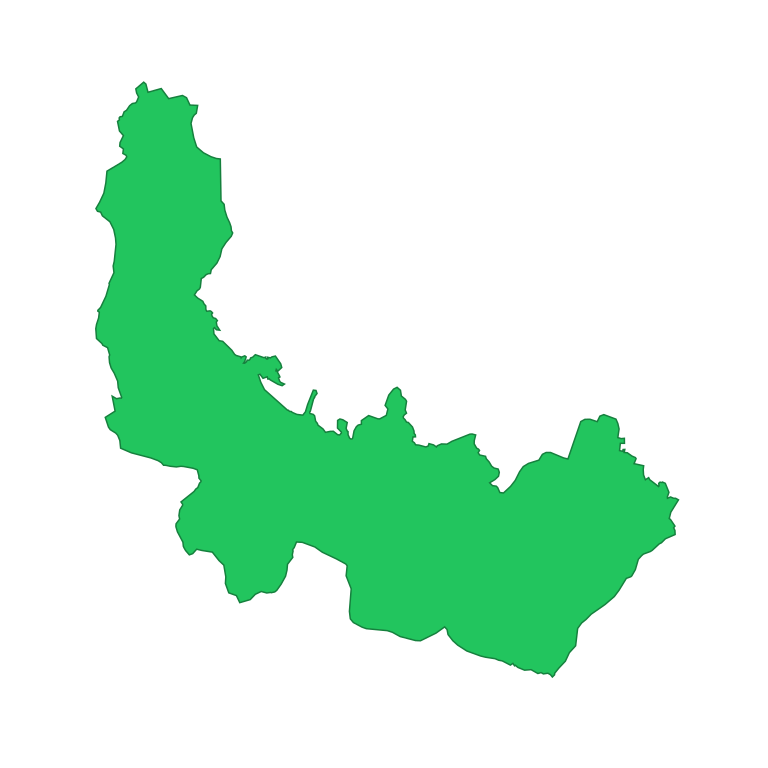 the district of Avramesti, Harghita, Romania, rotated 277°
{"feature_id": "2599482B64108004805491", "entity_name": "Avramesti", "entity_type": "district", "adm_level": 2, "iso_a3": "ROU", "parent_name": "Romania", "parent_adm1": "Harghita", "projection": "albers", "projection_center": [25.039, 46.361], "detail": "fine", "context": "isolated", "style": "filled", "palette": "green", "viewbox_px": 768, "rotation_deg": 277, "n_neighbors": 0, "source": "geoboundaries", "source_scale": "gbopen_adm2", "svg_char_len": 6108}
<svg xmlns="http://www.w3.org/2000/svg" viewBox="0 0 768 768"><g transform="rotate(277 384 384)"><path d="M359.4,629.2L358.7,626.1L359.3,622.6L368.0,622.8L373.3,620.9L377.4,618.5L380.4,605.9L378.4,602.2L372.6,600.2L374.1,592.8L373.4,587.7L370.7,583.9L332.0,575.7L332.5,571.3L336.3,557.7L335.8,553.3L333.5,549.8L327.3,547.0L322.8,537.1L319.0,532.3L313.5,529.3L304.3,526.0L297.8,522.1L290.4,515.9L290.4,512.2L295.1,509.4L296.3,507.8L296.3,504.1L298.8,500.9L302.7,505.8L306.4,508.9L310.4,509.2L313.5,507.7L314.0,503.5L315.5,500.9L319.5,497.8L322.3,494.6L324.6,493.6L325.2,487.6L327.3,485.8L329.7,486.9L330.9,485.7L331.6,483.8L335.6,480.8L338.8,480.5L344.6,481.2L345.1,477.6L344.7,475.4L335.4,458.4L332.0,453.9L331.5,448.3L329.2,444.4L327.9,443.7L329.6,440.6L330.3,435.9L327.8,435.4L326.6,433.2L327.6,426.1L327.5,422.8L329.4,421.3L330.6,419.1L334.9,419.2L335.4,421.7L337.3,421.3L338.7,419.9L341.0,419.5L344.8,417.5L348.8,412.8L348.9,411.0L351.2,409.2L352.5,407.5L353.8,407.0L355.8,407.9L357.8,409.9L360.8,408.2L369.6,408.5L371.4,407.1L374.2,402.7L379.8,401.1L382.3,397.4L380.1,394.1L373.6,390.1L362.9,387.7L359.7,390.9L353.1,390.1L348.8,383.9L348.7,382.1L350.8,372.6L344.9,366.0L341.3,366.5L340.1,363.4L338.3,361.8L333.9,360.0L326.4,359.5L325.5,358.9L325.4,357.7L326.0,356.5L329.3,354.5L332.4,354.1L332.8,353.3L335.3,351.8L341.3,352.2L343.5,347.5L343.9,344.5L342.2,342.4L334.6,343.2L331.2,347.4L330.3,347.7L328.0,346.2L328.0,344.2L330.9,339.5L330.4,336.3L328.9,331.8L332.0,328.9L335.1,323.5L336.9,322.6L338.7,320.7L344.0,319.0L345.2,317.5L345.7,314.1L347.1,313.6L348.0,314.2L360.4,315.9L362.3,316.8L362.6,316.5L366.4,318.7L369.3,317.3L369.3,314.6L354.4,310.7L346.8,309.4L343.2,307.2L343.2,301.2L344.6,296.5L345.4,295.3L345.3,293.5L346.3,292.4L346.2,291.5L363.8,266.1L370.7,261.5L377.8,258.1L378.6,259.7L374.9,263.2L376.9,267.2L374.7,268.2L375.1,269.6L374.3,270.4L370.8,278.7L369.9,283.1L371.8,285.2L373.0,281.4L373.8,280.3L377.2,278.5L377.8,278.8L378.0,279.7L378.7,279.7L383.9,276.0L383.9,275.1L385.4,275.3L383.8,277.1L387.9,280.5L391.5,279.0L398.5,272.8L397.3,269.5L396.1,268.1L396.4,265.0L395.0,265.7L394.4,264.8L395.1,263.5L396.2,263.0L395.5,261.7L397.4,252.7L394.6,250.4L393.6,248.4L392.0,248.0L391.1,247.1L391.0,245.3L389.3,244.8L387.6,243.1L387.6,242.0L389.4,243.0L394.1,243.9L395.0,242.4L393.4,239.4L392.6,239.0L393.5,238.6L394.3,233.8L395.2,232.1L398.9,228.9L406.7,218.7L406.9,215.1L413.0,209.1L418.3,208.0L419.3,208.9L417.4,211.0L417.4,214.4L421.5,211.0L425.1,210.0L426.6,210.9L428.5,208.9L428.9,206.4L430.6,205.0L432.3,204.4L433.6,205.2L434.9,203.8L435.4,202.5L434.6,199.2L436.2,198.1L439.8,197.6L441.7,195.5L444.0,194.1L446.6,188.6L449.3,185.0L453.6,187.0L455.9,189.3L457.6,189.9L466.4,189.8L468.0,192.0L470.9,194.2L472.0,196.0L472.5,198.3L476.4,198.6L483.6,203.4L490.5,205.8L498.4,206.6L505.2,209.9L512.0,214.4L515.5,215.4L517.5,213.9L521.4,213.0L525.3,211.1L530.5,207.8L537.2,204.8L542.9,203.4L545.9,199.9L587.4,194.1L587.4,190.1L588.5,184.6L591.5,176.6L596.4,169.2L605.1,165.2L619.1,160.7L625.0,161.5L627.9,162.9L629.8,164.7L637.8,165.1L637.2,157.4L644.1,153.1L645.8,148.8L641.0,135.5L650.1,126.9L644.8,114.2L652.7,111.1L654.3,108.7L646.7,101.7L642.7,103.0L639.0,105.5L634.0,104.1L632.7,103.2L631.7,100.0L629.2,97.6L624.3,95.1L622.5,92.9L617.7,91.7L617.1,89.5L615.8,88.7L613.9,89.2L612.2,87.5L602.9,90.6L598.8,95.1L591.5,92.6L587.8,92.7L585.6,96.7L581.0,96.7L579.6,100.1L578.1,101.0L575.2,99.6L572.1,96.7L561.5,83.1L549.7,83.4L539.3,82.7L529.8,79.6L523.0,76.7L520.5,78.6L520.1,81.8L516.6,84.0L511.6,92.2L504.5,96.9L496.3,99.7L489.9,101.0L473.0,101.3L468.1,100.8L461.6,102.4L450.4,98.8L449.1,99.3L437.2,97.3L425.5,93.4L422.3,91.0L421.4,91.1L420.6,92.7L414.8,92.7L408.1,91.4L403.8,91.2L394.1,93.1L389.8,99.1L388.2,100.2L386.4,105.2L379.4,108.2L377.5,107.8L371.7,109.0L366.7,111.2L361.9,114.9L354.4,119.3L347.9,120.7L338.7,125.3L337.9,125.0L337.9,123.6L336.8,120.3L338.8,115.7L324.3,120.4L316.9,111.4L307.6,115.8L305.3,117.9L302.6,123.7L300.7,125.9L295.7,128.7L288.2,130.4L284.9,141.6L282.2,161.6L280.4,169.1L278.8,172.6L276.5,175.1L276.7,177.3L276.3,181.9L276.4,188.0L277.6,192.5L277.7,195.3L277.1,204.8L276.1,209.1L270.4,211.4L268.0,211.8L265.7,214.2L264.7,214.2L263.1,213.0L258.5,211.8L256.8,210.0L254.2,208.6L242.2,196.9L240.1,198.8L239.1,198.9L234.1,196.6L228.4,196.5L225.1,197.6L220.0,194.7L218.6,194.7L216.9,194.9L212.1,197.0L202.5,203.7L198.5,204.6L196.9,205.6L194.5,207.4L190.7,211.6L192.3,214.8L197.2,218.2L196.6,223.4L196.2,234.1L188.6,241.8L184.7,247.1L173.3,250.5L166.7,250.9L157.8,255.4L156.0,263.3L149.4,267.5L153.7,277.5L159.6,281.9L163.1,287.4L162.3,293.1L163.3,296.8L163.1,297.5L164.3,300.9L166.1,302.7L172.8,306.3L181.2,309.7L187.5,310.4L193.3,310.2L200.8,314.6L203.3,313.8L207.2,314.1L208.3,313.5L210.7,314.8L216.5,316.4L216.9,322.2L213.8,335.3L209.5,343.3L204.6,358.1L200.7,368.0L199.1,369.6L189.0,369.8L176.7,376.4L154.1,377.4L146.8,379.2L143.5,382.7L140.0,391.8L139.0,396.3L139.6,417.3L138.6,422.6L135.3,430.8L133.2,446.6L133.6,451.5L143.1,466.0L150.3,473.8L148.0,476.5L143.1,478.1L137.5,483.7L133.8,489.0L129.1,498.7L125.8,513.0L125.2,518.1L124.9,527.7L123.8,531.6L123.6,535.1L120.4,543.7L122.4,546.0L120.2,547.9L120.8,548.6L119.0,551.5L117.1,558.4L118.4,564.8L115.4,572.0L116.7,575.1L115.7,577.5L116.9,581.9L115.8,584.6L113.7,586.8L116.1,588.7L117.8,588.7L123.4,592.2L131.0,597.8L139.9,600.7L147.5,606.1L165.0,606.0L170.9,609.3L174.9,613.2L180.8,617.7L192.1,630.3L201.1,638.5L207.9,642.4L220.6,648.2L222.8,652.5L223.7,653.3L230.4,656.1L241.0,657.8L244.9,660.5L246.8,662.2L250.2,668.8L251.6,670.5L258.9,676.7L260.2,678.7L264.7,682.2L270.1,691.3L274.1,690.6L276.6,689.0L278.4,690.1L284.5,684.8L285.2,683.5L291.7,684.3L304.9,690.4L306.1,687.4L305.9,685.3L306.8,682.2L305.1,679.3L306.4,679.0L311.2,680.0L319.7,675.3L320.6,672.4L320.1,671.9L320.2,669.9L318.9,668.8L316.4,669.4L315.7,669.0L321.4,659.4L323.3,658.1L320.8,655.1L325.4,652.7L330.8,651.7L334.5,651.7L335.4,641.9L340.6,643.3L341.6,642.5L342.7,638.9L345.4,633.9L345.3,630.7L348.4,631.0L348.1,629.3L346.3,629.2L346.6,625.9L353.9,625.8L354.4,629.9L359.4,629.2Z" fill="#22c55e" stroke="#15803d" stroke-width="1.5"/></g></svg>